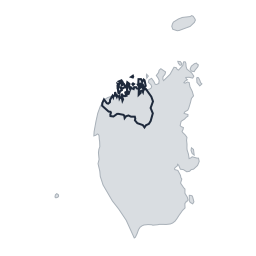 location of South Gyeongsang within South Korea, rotated 178°
{"feature_id": "KOR-2505", "entity_name": "South Gyeongsang", "entity_type": "Province", "adm_level": 1, "iso_a3": "KOR", "parent_name": "South Korea", "parent_adm1": "", "projection": "equal_earth", "projection_center": [128.367, 35.249], "detail": "medium", "context": "in_parent", "style": "outline", "palette": "slate", "viewbox_px": 256, "rotation_deg": 178, "n_neighbors": 0, "source": "natural_earth", "source_scale": "10m", "svg_char_len": 4914}
<svg xmlns="http://www.w3.org/2000/svg" viewBox="0 0 256 256"><g transform="rotate(178 128 128)"><path d="M72.8,51.5L73.7,50.8L73.8,49.7L73.8,46.1L76.5,43.6L80.3,38.6L82.2,35.8L84.3,33.2L86.7,31.5L89.1,30.6L92.9,30.3L100.1,30.6L101.5,30.3L106.6,30.0L107.8,30.5L111.4,30.8L115.5,30.5L117.5,29.7L119.4,28.4L121.0,26.1L122.7,21.9L124.5,18.5L125.6,17.9L133.0,35.8L140.1,47.3L146.2,55.7L154.9,71.9L157.4,80.6L157.7,85.9L159.2,93.4L158.0,97.6L158.4,104.3L157.8,107.8L156.8,110.3L156.8,115.2L157.1,117.8L157.2,121.3L157.8,122.6L158.8,123.1L160.4,121.9L162.4,121.3L162.0,125.5L159.7,136.1L157.7,143.8L155.0,150.5L151.5,156.7L147.3,159.1L144.3,160.0L138.6,160.3L133.9,159.2L129.8,160.0L128.2,161.3L127.0,163.5L127.9,166.9L127.8,169.4L126.0,169.2L122.6,167.8L118.8,167.6L117.0,166.8L115.2,163.2L113.3,163.4L110.1,165.5L105.3,166.0L103.5,167.1L102.9,168.6L103.6,170.5L106.1,173.0L105.3,175.5L102.7,176.8L100.6,173.7L99.3,170.7L97.9,170.5L95.7,171.4L95.2,174.6L96.2,176.9L97.9,179.5L95.5,182.4L94.9,184.6L93.1,186.1L88.5,182.7L89.2,180.3L91.2,178.0L91.5,175.6L90.8,174.1L84.1,180.2L79.9,187.1L77.7,186.6L76.8,184.8L75.5,184.1L71.1,188.5L70.2,192.1L68.6,192.2L67.9,190.7L67.8,187.5L67.1,184.8L62.5,180.9L60.4,177.5L61.6,175.6L65.4,176.6L68.5,176.5L67.9,174.9L66.9,174.1L68.9,173.2L70.6,171.3L69.2,170.8L67.1,171.9L65.3,171.3L64.6,166.9L62.5,162.3L61.4,157.8L63.6,155.3L64.7,151.3L66.7,145.5L67.7,143.7L70.5,142.3L71.5,140.8L70.0,140.1L67.6,139.4L67.7,137.7L69.3,136.8L71.1,135.0L74.7,132.8L75.8,128.6L74.8,127.5L72.6,126.5L73.1,124.4L74.1,122.8L73.7,121.8L71.1,119.1L69.4,116.6L69.9,113.8L69.6,109.6L69.8,106.0L69.7,104.0L68.5,99.7L68.0,95.3L66.3,95.9L64.9,97.0L60.1,95.5L58.6,95.4L58.0,92.1L59.8,88.1L63.9,84.6L66.3,84.2L68.0,82.6L70.8,82.2L74.1,84.5L77.1,85.0L78.7,89.1L79.7,90.0L80.0,88.5L82.4,86.7L83.0,85.4L82.5,84.7L79.7,83.9L77.2,78.8L76.9,76.6L76.0,75.1L77.4,71.1L74.5,66.4L73.2,65.0L73.4,60.8L71.9,58.1L71.1,56.7L70.6,54.1L71.0,53.0L72.4,52.6L72.8,51.5ZM61.9,237.2L60.5,238.1L59.2,237.5L58.8,237.1L57.3,234.7L56.9,233.5L58.0,231.2L62.3,227.4L73.4,223.7L75.4,223.5L79.8,225.1L80.7,228.1L79.9,230.6L78.9,232.3L73.8,235.2L69.8,236.6L61.9,237.2ZM136.9,172.4L134.0,174.9L130.1,171.5L129.2,169.6L132.1,166.9L134.7,163.8L136.3,163.6L136.9,172.4ZM116.1,172.1L115.7,176.1L113.5,176.3L112.3,173.7L110.9,174.9L110.1,175.0L109.1,171.8L108.9,169.3L111.4,167.3L113.0,168.5L115.2,169.1L116.1,172.1ZM59.4,189.9L57.4,190.5L56.3,189.1L55.5,188.7L56.0,186.9L59.2,183.2L59.9,182.0L62.8,182.7L63.9,184.7L62.5,187.6L59.4,189.9ZM69.3,53.3L69.1,58.6L67.5,58.4L66.3,57.9L65.8,56.8L64.7,51.9L66.0,49.9L68.5,51.5L69.3,53.3ZM57.6,175.1L57.2,176.1L55.8,175.8L54.5,173.0L53.9,170.8L52.6,169.5L54.8,167.6L57.5,171.1L57.6,175.1ZM65.8,103.4L65.3,106.0L63.3,104.3L62.8,98.6L64.8,100.3L65.8,103.4ZM202.9,63.7L201.5,64.9L199.9,63.7L199.7,62.4L200.5,61.3L202.5,60.7L203.4,61.6L202.9,63.7ZM75.4,191.0L75.9,192.9L73.4,192.6L72.1,190.7L72.3,189.1L73.8,188.9L75.4,191.0ZM107.8,179.9L107.5,181.1L105.9,179.2L107.5,177.1L107.8,179.9Z" fill="#d9dde1" stroke="#a8b0b8" stroke-width="1"/><path d="M144.9,156.8L142.4,160.8L141.7,159.2L141.3,160.8L138.5,160.7L138.1,159.6L137.6,160.9L136.5,159.8L135.7,160.2L135.5,158.3L135.0,159.4L133.7,158.0L133.1,158.3L132.6,155.4L131.9,156.8L133.3,161.3L134.2,161.6L132.7,161.8L132.0,160.5L129.8,159.9L128.5,160.2L128.9,161.1L126.1,162.1L125.5,163.8L129.1,162.0L129.5,163.7L127.0,164.8L127.7,165.8L127.4,168.6L128.7,168.6L126.8,170.8L125.9,170.1L126.9,169.7L124.1,168.7L125.1,167.8L124.4,166.3L123.4,167.9L121.0,166.7L120.4,168.6L118.4,168.5L117.7,167.2L115.8,166.9L116.2,160.7L114.1,162.7L114.7,164.2L112.6,165.0L111.8,163.3L111.3,165.7L108.8,166.4L103.6,158.5L102.1,153.7L104.7,147.2L102.7,141.8L105.1,134.2L107.0,131.4L110.0,130.1L111.5,128.0L113.1,130.4L118.5,132.5L120.8,135.4L120.4,137.2L120.8,139.1L124.6,139.2L127.1,140.5L129.5,139.8L131.0,138.0L131.3,140.3L132.0,141.3L137.2,142.5L138.4,142.5L142.1,140.0L145.1,140.5L145.2,142.1L144.5,143.8L144.9,144.8L146.8,145.1L153.1,151.2L152.7,154.0L151.0,157.4L148.3,153.5L147.0,153.0L145.2,154.4L144.9,156.8ZM137.0,168.7L137.0,170.5L136.3,170.6L136.9,172.7L135.2,172.0L134.3,174.1L135.5,174.9L132.1,176.2L133.1,175.3L132.5,174.8L132.7,173.7L131.8,174.2L131.3,173.0L132.3,172.7L132.7,170.8L130.4,172.0L129.1,169.5L131.8,167.8L134.0,168.6L132.9,166.0L135.5,164.7L135.1,163.9L135.7,162.8L136.4,163.3L136.7,166.8L136.1,169.2L137.0,168.7ZM116.2,171.7L115.8,176.5L113.3,176.4L112.1,173.6L110.7,175.9L109.8,175.1L108.8,169.5L111.0,166.6L112.2,167.6L111.1,169.5L111.6,170.8L112.9,172.0L116.2,171.7ZM115.5,168.5L116.6,170.8L113.7,170.7L112.9,169.9L114.6,167.5L114.5,169.5L115.5,168.5ZM124.3,171.2L127.6,171.5L127.1,173.8L125.4,172.4L125.8,171.9L124.3,171.2ZM139.9,161.7L139.6,164.4L138.9,161.8L139.9,161.7ZM123.1,178.9L121.3,180.1L121.0,179.1L121.4,178.3L123.1,178.9ZM121.5,170.8L122.1,171.7L121.4,172.4L120.4,171.7L121.5,170.8Z" fill="none" stroke="#1e293b" stroke-width="2"/></g></svg>